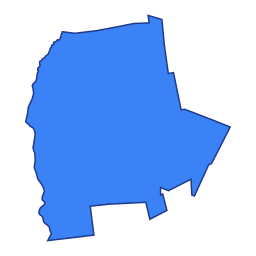 outline of Addison, Vermont, United States of America
{"feature_id": "52423323B4110590871178", "entity_name": "Addison", "entity_type": "district", "adm_level": 2, "iso_a3": "USA", "parent_name": "United States of America", "parent_adm1": "Vermont", "projection": "albers", "projection_center": [-73.298, 44.028], "detail": "fine", "context": "isolated", "style": "filled", "palette": "blue", "viewbox_px": 256, "rotation_deg": 0, "n_neighbors": 0, "source": "geoboundaries", "source_scale": "gbopen_adm2", "svg_char_len": 1650}
<svg xmlns="http://www.w3.org/2000/svg" viewBox="0 0 256 256"><path d="M42.8,218.0L43.2,219.0L43.5,221.3L43.7,222.0L46.1,224.2L47.8,225.5L49.3,227.2L49.9,230.3L50.1,231.0L51.3,233.0L51.3,233.6L50.1,236.1L47.7,240.6L86.5,236.0L93.9,235.1L90.2,206.2L108.7,204.2L145.9,202.3L149.8,219.3L166.9,210.4L162.7,194.0L160.6,195.2L160.5,187.5L168.5,190.7L191.0,179.2L191.8,195.0L194.4,196.0L208.7,164.7L211.4,163.6L216.0,154.9L230.2,127.0L206.9,117.8L184.7,109.3L181.1,109.8L173.5,72.6L168.3,73.5L164.3,44.9L161.9,19.5L148.1,15.4L149.2,22.9L133.9,23.5L115.1,27.2L96.5,30.7L74.9,33.3L62.3,31.7L61.4,34.3L60.5,37.7L59.3,40.0L59.0,40.1L57.7,39.7L57.3,39.8L56.3,41.2L55.5,41.7L53.6,42.4L53.9,43.8L51.6,45.5L51.4,47.3L50.2,48.3L50.1,48.6L50.1,49.9L49.3,51.3L48.2,53.7L48.1,54.4L45.5,56.1L45.0,57.0L44.2,58.0L43.5,58.1L42.1,59.1L41.6,60.7L41.2,60.9L40.3,61.0L39.7,61.6L39.6,62.4L40.0,65.6L39.8,66.3L38.1,67.8L37.8,68.6L37.7,69.5L37.9,70.7L38.3,71.4L38.2,71.8L37.3,73.3L37.0,76.2L36.2,80.0L36.0,80.7L34.5,82.7L33.5,83.3L32.3,85.4L32.3,85.9L32.9,88.1L33.5,91.6L33.6,93.6L32.1,99.0L28.3,107.2L28.0,110.4L27.5,113.7L25.8,121.3L26.0,122.3L27.8,123.8L28.6,124.3L30.1,126.3L30.9,126.6L32.6,127.6L33.7,128.7L34.6,131.0L34.7,131.4L35.1,133.1L35.1,135.0L33.5,145.3L33.1,146.8L33.1,147.9L33.5,149.7L34.8,153.1L35.2,160.6L34.3,167.1L34.5,168.4L36.5,173.6L37.6,178.3L38.0,179.3L41.6,184.3L43.8,188.7L44.4,190.6L44.4,191.2L42.9,195.1L42.2,197.3L42.1,199.0L42.4,200.0L44.5,202.0L44.9,202.6L44.9,203.0L44.5,204.1L43.7,205.4L42.1,206.2L40.2,208.2L39.6,209.5L38.9,212.4L39.0,213.0L39.6,214.4L41.7,216.0L42.4,217.0L42.8,218.0Z" fill="#3b82f6" stroke="#1e3a8a" stroke-width="1.5"/></svg>